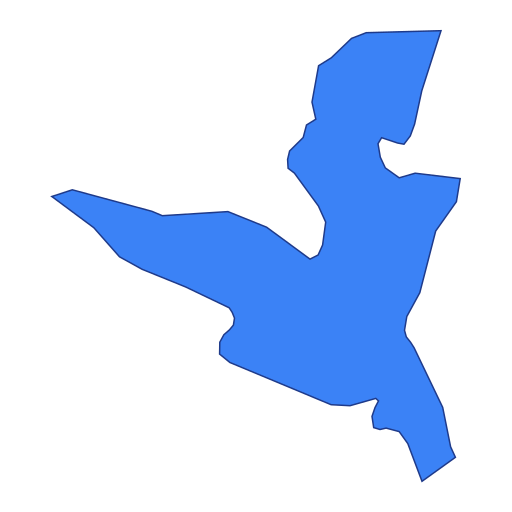 SVG path tracing the border of Kranj
{"feature_id": "SVN-1013", "entity_name": "Kranj", "entity_type": "Municipality", "adm_level": 1, "iso_a3": "SVN", "parent_name": "Slovenia", "parent_adm1": "", "projection": "mercator", "projection_center": [14.335, 46.256], "detail": "fine", "context": "isolated", "style": "filled", "palette": "blue", "viewbox_px": 512, "rotation_deg": 0, "n_neighbors": 0, "source": "natural_earth", "source_scale": "10m", "svg_char_len": 999}
<svg xmlns="http://www.w3.org/2000/svg" viewBox="0 0 512 512"><path d="M442.7,407.4L450.6,446.8L455.4,457.3L422.0,481.3L407.8,443.6L399.2,431.6L386.1,428.1L380.0,429.5L373.7,427.6L372.0,416.4L375.0,407.6L378.5,400.9L375.8,398.4L350.0,405.7L331.1,404.7L229.9,362.5L219.6,354.1L219.8,342.2L223.9,334.7L229.4,329.9L233.4,325.1L234.5,318.1L232.2,312.4L229.2,307.8L185.5,286.9L142.1,269.3L119.5,256.8L93.8,227.7L51.8,196.5L72.3,189.8L151.9,211.3L162.3,215.7L227.9,211.6L266.6,227.2L310.0,259.1L318.1,255.0L322.6,245.0L325.7,222.1L318.4,206.0L294.4,173.1L288.1,168.3L287.6,159.4L289.6,151.0L303.2,137.5L306.5,125.0L315.8,119.2L312.0,102.1L318.6,65.7L331.3,57.8L351.5,38.4L366.2,32.7L441.0,30.7L421.8,90.7L414.6,124.1L410.3,135.9L404.0,144.2L397.5,143.0L381.6,137.7L378.0,143.7L380.3,157.2L385.3,167.9L399.2,177.8L415.1,173.2L460.2,178.6L456.4,201.7L435.7,231.0L419.8,292.7L406.8,316.5L404.5,330.3L406.3,336.9L410.6,342.3L414.1,347.8L442.7,407.4Z" fill="#3b82f6" stroke="#1e3a8a" stroke-width="1.5"/></svg>